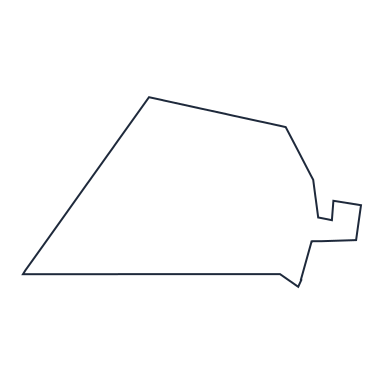 Al Khalaq, Al Jawf, Yemen
{"feature_id": "15242507B45819395653811", "entity_name": "Al Khalaq", "entity_type": "district", "adm_level": 2, "iso_a3": "YEM", "parent_name": "Yemen", "parent_adm1": "Al Jawf", "projection": "orthographic", "projection_center": [44.809, 16.066], "detail": "fine", "context": "isolated", "style": "outline", "palette": "slate", "viewbox_px": 384, "rotation_deg": 0, "n_neighbors": 0, "source": "geoboundaries", "source_scale": "gbopen_adm2", "svg_char_len": 773}
<svg xmlns="http://www.w3.org/2000/svg" viewBox="0 0 384 384"><path d="M149.0,97.2L124.2,131.9L117.9,140.7L114.7,145.2L113.4,147.1L107.5,155.3L99.8,166.1L91.5,177.7L91.1,178.3L88.3,182.2L87.4,183.4L64.0,216.3L49.8,236.2L49.1,237.2L25.4,270.3L23.0,274.2L28.2,274.2L36.8,274.2L280.0,274.1L298.2,286.8L301.3,280.0L300.9,279.7L311.1,243.2L311.5,241.5L312.1,241.5L312.2,241.2L321.5,241.2L356.1,240.1L358.1,225.7L361.0,205.2L333.4,200.8L331.9,220.2L327.1,219.2L318.9,217.6L318.2,217.5L315.8,199.4L315.4,196.6L313.2,179.8L310.8,175.3L301.2,156.8L300.8,156.0L296.9,148.5L285.7,127.1L282.2,126.3L263.1,122.1L260.1,121.5L251.8,119.7L249.5,119.2L232.9,115.6L226.7,114.2L226.4,114.1L200.5,108.5L163.5,100.4L162.0,100.0L149.0,97.2Z" fill="none" stroke="#1e293b" stroke-width="2"/></svg>